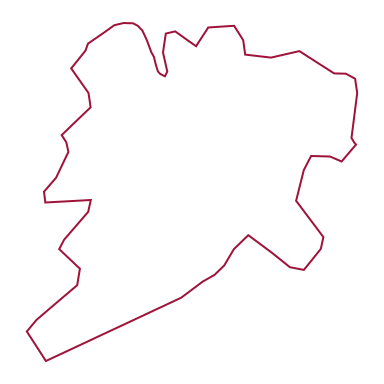 Qurin, Ash Sharqiyah, Egypt (Mercator projection)
{"feature_id": "37247803B18399614023642", "entity_name": "Qurin", "entity_type": "district", "adm_level": 2, "iso_a3": "EGY", "parent_name": "Egypt", "parent_adm1": "Ash Sharqiyah", "projection": "mercator", "projection_center": [31.743, 30.611], "detail": "fine", "context": "isolated", "style": "outline", "palette": "rose", "viewbox_px": 384, "rotation_deg": 0, "n_neighbors": 0, "source": "geoboundaries", "source_scale": "gbopen_adm2", "svg_char_len": 1134}
<svg xmlns="http://www.w3.org/2000/svg" viewBox="0 0 384 384"><path d="M45.9,361.0L181.2,297.7L202.7,281.6L214.6,274.8L224.2,265.5L233.9,249.1L248.3,235.2L271.4,252.4L289.9,267.2L303.9,269.9L320.8,248.9L323.4,237.1L296.1,200.8L303.8,170.1L311.1,156.0L329.9,156.5L341.6,161.5L356.0,144.6L354.2,142.5L351.5,138.0L354.2,116.7L354.8,112.0L357.2,93.0L355.1,78.7L345.9,73.7L334.1,73.4L317.1,62.5L299.4,51.1L271.0,57.6L245.2,54.6L243.2,40.2L237.6,31.3L234.1,25.8L220.1,26.7L212.7,27.2L208.2,27.5L205.4,31.9L197.8,43.5L196.1,46.2L187.5,40.2L175.2,31.4L170.8,32.4L165.8,33.6L163.0,52.5L167.3,71.6L164.9,76.3L160.2,73.9L157.9,71.4L155.7,64.2L153.9,56.8L151.3,52.2L148.7,45.2L146.9,40.3L142.4,30.6L137.8,25.8L133.1,23.3L128.4,23.2L123.7,23.0L114.3,25.2L110.1,28.2L104.7,32.1L88.0,43.6L85.5,50.6L71.2,68.4L88.5,93.0L89.6,100.3L90.6,107.3L71.3,125.8L64.1,132.8L61.7,135.1L66.3,142.3L68.4,151.9L56.1,177.7L44.0,191.7L45.3,202.5L67.3,201.3L90.8,200.0L88.2,211.8L78.3,223.3L64.1,239.7L59.2,249.1L77.4,266.4L79.9,268.6L77.2,285.2L59.4,300.3L47.9,310.1L36.5,319.9L26.8,331.5L36.1,345.8L45.9,361.0Z" fill="none" stroke="#9f1239" stroke-width="2"/></svg>